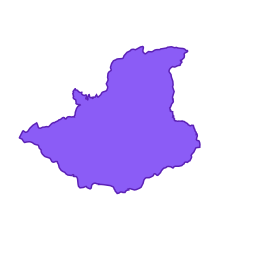 the district of Desesti, Maramures, Romania, rotated 324°
{"feature_id": "2599482B12376527067201", "entity_name": "Desesti", "entity_type": "district", "adm_level": 2, "iso_a3": "ROU", "parent_name": "Romania", "parent_adm1": "Maramures", "projection": "robinson", "projection_center": [23.796, 47.753], "detail": "fine", "context": "isolated", "style": "filled", "palette": "violet", "viewbox_px": 256, "rotation_deg": 324, "n_neighbors": 0, "source": "geoboundaries", "source_scale": "gbopen_adm2", "svg_char_len": 5730}
<svg xmlns="http://www.w3.org/2000/svg" viewBox="0 0 256 256"><g transform="rotate(324 128 128)"><path d="M174.7,185.8L176.5,183.6L177.3,182.1L177.8,180.5L177.7,179.8L176.7,178.8L176.5,177.6L178.2,176.0L179.3,175.3L179.9,174.4L180.2,173.5L179.8,173.5L179.6,173.4L179.8,173.3L179.9,172.7L180.2,172.4L180.6,171.4L180.6,170.9L180.5,170.1L180.7,169.7L180.7,169.4L181.1,168.6L181.3,168.1L181.3,167.8L181.1,167.4L181.7,166.3L181.6,165.8L182.1,165.2L182.3,164.5L182.2,163.9L181.4,163.7L181.0,163.1L180.0,163.0L179.4,162.5L179.0,161.4L178.6,160.6L178.6,160.2L178.8,159.5L178.4,158.7L178.1,158.2L178.0,157.5L177.7,157.1L177.4,156.3L177.3,155.8L177.0,155.4L176.2,154.8L176.2,154.6L175.8,154.3L175.8,154.0L175.3,154.0L173.7,152.7L173.4,152.5L173.0,152.1L172.5,152.0L172.0,151.6L170.8,150.2L170.4,150.1L170.3,149.9L170.4,149.6L170.3,149.4L170.2,148.7L170.5,148.4L170.6,148.1L170.9,148.0L170.8,147.4L171.0,147.2L171.0,146.6L170.8,146.3L171.5,145.7L171.4,145.4L171.6,145.3L171.5,145.2L171.1,145.1L171.4,144.9L171.5,144.6L171.9,144.6L171.8,144.1L172.1,143.7L172.2,143.4L172.5,143.1L172.6,142.7L172.8,142.1L173.2,141.7L173.7,141.1L172.7,140.0L172.8,139.6L172.4,139.3L172.8,138.9L172.7,138.2L173.1,138.1L173.1,137.6L173.4,137.0L173.4,136.5L173.6,136.2L174.5,136.2L174.9,135.8L175.4,135.5L175.8,135.5L176.2,135.1L176.6,134.9L177.2,134.3L178.6,134.0L178.7,133.8L179.0,133.6L179.3,133.7L179.8,133.6L180.1,133.2L180.5,132.9L180.6,132.4L181.6,131.0L181.6,130.9L181.1,130.9L182.2,129.1L186.7,125.7L188.2,120.9L189.8,119.7L191.7,116.6L193.0,112.4L194.2,110.0L194.3,106.7L194.6,106.0L196.0,105.0L197.7,104.5L200.1,104.5L201.3,105.9L202.4,106.4L204.3,106.7L205.8,107.2L206.7,107.8L207.5,107.7L208.2,106.8L210.2,106.5L210.6,105.5L209.9,104.8L210.2,104.1L211.5,104.5L214.6,104.1L215.3,103.6L216.3,102.4L216.6,101.6L217.3,100.9L218.5,100.8L220.4,101.2L221.3,101.0L221.6,100.3L220.5,99.3L220.2,97.4L219.3,96.1L216.2,93.4L215.1,92.2L214.6,91.3L212.7,90.3L211.1,88.0L210.0,87.3L207.4,85.9L206.2,85.9L200.8,83.2L199.9,83.3L197.0,81.3L195.4,80.7L192.9,80.6L191.8,80.2L189.5,78.2L185.9,78.3L185.1,77.5L184.9,75.1L185.8,73.8L187.6,72.2L188.0,71.4L187.8,70.7L185.8,69.8L180.1,69.1L178.5,67.3L176.8,66.5L174.9,66.8L171.7,66.2L167.3,67.2L165.3,68.5L164.3,68.5L160.4,66.1L159.0,65.6L157.8,65.7L157.1,65.3L155.6,65.1L153.7,65.9L153.0,66.0L149.6,68.5L149.1,69.3L148.8,70.7L148.2,71.5L145.2,71.5L143.7,72.3L141.2,75.1L140.6,76.7L139.6,77.8L136.4,79.5L135.8,82.8L134.9,83.8L133.0,85.0L132.2,85.1L130.8,84.8L129.8,84.4L128.2,84.0L127.1,84.3L125.6,85.1L122.8,85.4L122.0,85.4L121.8,85.2L121.7,84.4L122.1,82.6L120.6,83.1L119.6,83.7L119.0,83.4L118.2,82.7L117.5,83.3L117.1,83.3L116.7,83.2L116.5,82.6L116.9,82.1L115.4,81.4L115.3,81.1L115.3,80.5L115.6,79.7L116.2,78.2L115.9,78.1L115.5,78.1L114.3,78.9L114.2,79.2L113.3,79.5L112.9,80.2L112.9,80.4L112.7,80.9L112.2,81.4L112.0,81.5L111.9,81.2L112.0,80.6L111.1,79.5L111.9,78.8L112.7,78.4L113.4,77.2L113.5,76.8L113.5,76.5L113.2,76.4L112.0,76.1L111.3,75.4L110.7,74.3L110.5,73.8L111.0,72.4L111.6,72.0L111.4,71.8L110.8,71.8L109.9,70.9L109.8,70.5L109.4,69.7L109.4,69.2L109.2,68.5L109.3,67.9L108.4,66.7L108.0,66.4L108.0,65.9L108.4,65.3L108.3,65.2L108.0,65.2L105.1,66.1L105.0,66.8L104.7,67.3L103.8,67.5L103.4,68.0L103.4,68.5L102.8,69.6L102.6,70.4L101.7,71.0L101.4,71.5L101.3,72.2L101.6,72.8L101.6,73.4L102.0,73.8L102.2,74.7L102.2,74.9L101.6,75.5L101.4,76.4L100.6,77.3L100.4,77.5L100.4,78.2L100.6,78.6L101.0,79.0L101.3,79.5L101.6,79.8L101.8,80.2L102.1,80.4L102.7,80.6L102.9,80.8L102.9,81.3L100.2,81.1L98.0,81.9L94.6,84.3L93.5,85.6L92.5,86.5L91.9,86.8L90.9,86.9L90.9,87.3L89.5,86.2L88.9,86.0L88.2,85.4L87.7,84.7L86.3,83.8L85.7,83.6L85.1,83.6L84.5,83.7L83.8,84.1L83.6,84.2L82.9,83.9L82.7,83.8L82.8,83.6L82.5,83.3L82.4,83.0L82.6,82.7L82.6,82.4L82.3,81.9L81.9,81.5L81.2,81.3L80.2,81.3L78.4,81.4L76.8,80.8L75.8,81.0L74.6,80.9L73.8,80.6L71.6,80.4L71.4,80.4L71.2,80.0L69.7,79.6L68.7,79.6L65.0,80.3L64.3,80.2L63.8,79.9L63.6,79.7L63.3,79.3L62.6,78.8L61.0,78.2L59.5,77.2L57.0,76.7L56.1,76.0L55.8,74.9L56.9,71.5L57.1,70.2L52.7,69.9L48.5,70.5L44.9,71.8L43.5,71.7L42.6,71.3L41.6,68.7L40.9,68.7L35.2,71.6L34.4,72.1L34.5,72.6L35.7,74.6L35.6,78.1L35.9,79.0L37.7,79.7L39.8,80.9L40.8,81.7L42.0,83.5L42.8,86.0L44.0,87.7L44.8,88.4L45.2,89.2L45.2,89.8L44.4,92.1L44.8,94.6L43.7,96.4L43.5,97.8L43.4,98.7L43.7,101.0L44.1,102.4L46.9,106.3L47.1,107.1L46.7,110.3L47.2,111.5L48.0,112.1L49.8,112.6L51.0,113.6L50.5,115.0L50.4,116.4L49.1,119.6L49.0,122.8L49.6,124.6L50.8,126.8L50.9,128.8L51.6,130.6L54.3,133.2L56.1,133.4L56.4,133.9L56.1,134.5L55.4,135.0L55.7,135.4L57.5,136.8L57.7,137.7L57.4,139.3L54.6,144.1L53.7,146.1L54.0,148.2L57.0,149.9L59.0,150.3L59.9,150.8L59.9,152.2L61.3,154.7L61.9,155.1L63.0,154.9L64.7,153.2L65.7,152.7L67.2,152.6L68.2,152.8L69.2,153.5L70.0,154.7L71.6,156.3L71.2,156.5L72.9,157.7L75.2,159.7L80.0,164.4L80.3,165.1L81.3,166.7L81.4,167.3L81.4,167.7L80.9,169.6L81.0,170.4L80.6,171.4L80.6,172.3L80.9,173.7L80.7,174.5L80.9,174.7L82.4,175.3L84.0,175.3L84.7,175.6L85.8,176.7L86.0,177.3L86.9,177.7L87.0,177.7L87.1,178.0L87.7,178.4L89.2,177.7L89.7,177.8L90.4,177.7L91.4,178.2L92.2,178.5L92.2,177.5L93.9,178.1L96.8,181.9L98.5,182.7L102.1,183.5L103.8,183.6L107.7,181.6L110.2,179.5L112.2,178.8L113.5,178.9L116.0,180.7L117.7,181.1L119.9,181.4L120.6,181.3L121.4,180.7L122.4,180.5L123.2,181.3L123.6,183.2L124.1,183.7L124.7,183.8L128.0,183.2L129.9,182.2L133.1,181.5L135.3,182.3L136.9,182.2L138.2,182.9L139.8,184.5L140.6,186.3L140.9,186.8L142.5,186.4L143.7,186.7L146.6,188.8L149.4,190.0L150.9,189.8L152.3,189.9L153.4,189.2L153.9,189.2L154.5,189.4L155.0,189.7L155.8,190.7L156.8,190.7L157.9,190.6L158.8,190.9L161.9,189.3L162.5,188.7L163.0,187.3L164.4,186.7L167.0,186.2L171.1,184.0L171.9,184.2L174.7,185.8Z" fill="#8b5cf6" stroke="#5b21b6" stroke-width="1.5"/></g></svg>